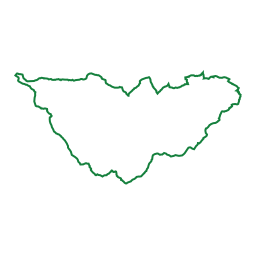 the district of Nereju, Vrancea, Romania
{"feature_id": "2599482B74656559226175", "entity_name": "Nereju", "entity_type": "district", "adm_level": 2, "iso_a3": "ROU", "parent_name": "Romania", "parent_adm1": "Vrancea", "projection": "equal_earth", "projection_center": [26.622, 45.68], "detail": "fine", "context": "isolated", "style": "outline", "palette": "green", "viewbox_px": 256, "rotation_deg": 0, "n_neighbors": 0, "source": "geoboundaries", "source_scale": "gbopen_adm2", "svg_char_len": 5657}
<svg xmlns="http://www.w3.org/2000/svg" viewBox="0 0 256 256"><path d="M141.2,176.3L143.4,173.9L144.2,173.3L144.2,173.0L144.8,172.5L145.2,171.8L145.8,171.2L146.3,171.1L146.9,169.1L148.0,167.7L148.5,165.6L149.2,163.6L151.1,161.5L151.5,160.8L151.6,159.7L152.2,159.2L152.5,156.7L152.9,155.3L154.5,154.2L157.0,153.5L157.8,153.5L160.0,154.8L160.8,154.5L162.3,154.5L164.1,153.0L166.2,153.7L167.0,154.6L169.3,155.3L170.9,156.5L173.7,155.9L175.5,155.1L178.5,155.8L179.6,155.8L182.2,155.4L183.7,154.2L184.7,153.2L188.2,148.0L188.5,147.7L189.6,147.4L190.5,147.4L192.4,148.7L194.1,149.2L196.2,145.9L197.1,145.2L197.7,144.3L197.9,143.5L198.3,143.5L198.2,143.1L199.3,143.2L200.4,142.4L201.7,140.6L202.5,139.8L202.6,139.4L203.4,138.8L203.4,138.0L205.6,136.7L206.7,135.7L207.0,134.5L205.8,133.0L205.4,130.9L205.5,129.6L205.9,128.5L206.5,128.5L208.2,127.0L209.6,125.0L210.4,124.7L211.0,124.1L213.3,123.2L215.6,122.9L217.6,121.7L218.0,121.1L219.4,120.2L219.5,119.3L218.9,118.4L219.3,118.1L219.4,117.4L219.7,116.8L219.8,116.2L220.1,115.5L220.1,114.9L220.8,113.7L221.4,112.2L222.1,111.3L222.9,111.3L224.1,111.7L225.1,111.1L225.9,111.1L228.1,110.1L228.9,109.4L229.2,108.2L229.6,108.2L229.7,107.8L230.4,107.7L230.8,107.4L230.8,107.1L231.9,106.5L232.1,106.2L231.8,105.5L231.7,104.8L232.3,104.6L232.6,104.3L235.1,104.0L237.2,104.4L238.2,103.9L238.3,103.2L239.0,101.5L238.9,100.9L239.2,100.2L239.1,99.6L239.7,99.2L239.9,97.4L240.5,96.6L240.4,95.4L240.6,94.9L240.0,94.5L239.9,94.1L239.3,93.5L238.9,92.0L238.8,91.9L238.5,92.5L238.4,92.2L237.8,91.9L237.9,90.9L236.5,90.6L238.1,89.3L238.7,88.1L238.0,87.8L237.0,86.4L236.1,85.8L233.1,84.3L232.7,84.2L232.8,84.0L229.1,82.1L228.1,81.2L228.5,80.8L228.6,80.2L229.4,79.2L228.6,78.7L227.1,78.2L226.6,77.8L225.8,77.5L224.3,77.2L223.1,77.4L222.2,77.8L219.3,77.7L218.4,77.1L217.8,77.0L217.0,76.4L215.5,76.0L213.1,76.5L213.5,77.0L213.5,77.3L212.4,77.0L212.4,76.6L210.9,76.8L209.4,78.0L209.1,78.6L208.4,78.9L207.3,78.4L206.0,78.2L203.9,78.5L204.2,77.9L203.7,76.9L203.5,74.8L202.9,73.3L202.9,72.6L202.3,73.3L202.0,73.5L201.9,73.9L201.6,73.8L201.2,74.9L200.8,75.1L200.3,75.0L199.7,75.7L198.4,75.7L197.1,76.1L196.5,75.8L195.2,76.1L194.5,75.9L193.8,75.3L191.2,75.3L189.1,76.3L188.8,76.9L188.3,76.6L187.5,77.0L185.3,77.4L185.5,79.2L186.0,79.2L186.9,79.7L186.8,81.7L187.4,82.5L187.1,82.6L187.2,83.1L187.6,83.0L188.0,84.1L185.9,84.1L185.1,84.5L184.7,84.3L183.6,85.4L182.2,85.6L181.2,86.5L180.3,86.8L179.6,87.3L179.1,87.3L177.2,87.9L175.6,87.5L174.1,88.2L173.1,88.1L172.2,87.6L169.5,87.2L169.3,85.9L169.0,85.5L168.5,83.9L167.4,85.7L165.7,86.5L165.1,86.5L164.6,86.9L163.6,87.3L163.0,87.7L161.4,89.8L160.7,90.1L160.0,91.3L158.9,92.0L157.5,93.6L156.4,92.0L156.5,91.1L156.0,90.6L155.8,90.0L153.6,87.7L153.5,87.3L153.2,87.1L153.2,86.6L152.5,85.9L152.3,84.8L150.7,81.8L150.4,79.4L149.7,78.0L149.0,77.2L147.7,77.7L146.1,77.9L142.0,79.4L140.2,80.7L139.9,81.1L140.0,81.5L139.8,82.0L140.1,83.2L139.1,84.3L138.7,85.5L137.1,86.6L136.0,87.7L134.2,88.4L133.9,89.2L132.7,89.9L132.3,90.6L129.2,93.3L128.7,94.1L128.5,95.7L127.9,95.5L127.0,94.3L126.4,93.9L126.0,92.6L124.9,91.9L123.6,91.4L122.8,90.0L122.0,87.4L120.7,87.2L120.0,87.3L119.7,87.0L119.1,87.4L117.8,87.7L114.8,87.7L111.8,86.6L110.1,85.4L108.6,85.0L107.1,83.8L106.2,83.4L106.0,83.1L105.6,81.9L105.7,80.9L105.4,80.0L102.0,78.8L101.6,78.1L101.7,77.6L101.2,77.0L98.6,75.2L97.2,75.2L96.5,74.9L95.3,74.9L91.4,73.4L89.7,73.6L88.3,74.3L87.1,75.6L86.5,77.8L86.3,78.4L85.4,79.0L84.1,79.4L83.1,79.5L82.0,79.0L80.9,79.0L79.5,79.7L75.6,80.1L74.3,80.6L73.5,80.6L72.6,79.8L71.3,80.3L69.4,80.0L68.5,80.3L67.8,79.7L65.3,79.7L62.4,79.4L61.8,79.5L61.0,80.1L60.5,79.6L59.8,79.8L58.6,79.1L58.1,79.3L56.4,79.4L55.1,79.9L54.5,79.7L53.9,79.9L52.1,79.8L51.0,79.0L48.7,79.4L47.8,78.7L45.7,78.4L44.7,78.5L44.2,78.2L43.6,78.4L43.0,78.0L41.3,77.8L40.4,78.3L39.6,78.2L38.7,78.6L37.5,79.7L36.3,80.2L35.4,80.3L34.0,81.0L27.4,81.3L26.2,80.7L25.5,79.7L24.8,79.4L23.5,78.1L22.9,76.2L22.8,75.4L22.5,74.6L20.1,74.1L18.9,74.1L17.6,73.5L17.3,73.5L16.8,73.6L16.1,74.6L15.4,75.4L16.4,76.2L17.3,76.6L18.4,77.4L18.7,78.1L18.6,79.0L18.1,80.4L18.5,81.3L22.7,83.7L24.5,84.0L26.0,84.8L26.8,84.7L28.4,85.8L29.9,86.3L30.4,87.5L31.6,88.9L33.7,90.0L34.0,90.4L34.3,91.4L35.4,92.2L35.1,93.5L35.2,95.5L34.6,97.7L34.3,101.5L35.7,105.8L36.6,106.3L38.5,106.5L39.9,107.5L40.7,107.7L41.0,108.4L41.6,108.6L42.6,108.5L43.4,108.8L44.9,108.4L47.0,108.9L47.2,109.9L47.0,110.8L47.4,111.3L47.6,111.9L49.3,113.7L50.7,114.1L51.0,115.1L51.6,115.8L51.5,116.3L51.2,116.6L49.8,117.4L49.7,119.2L49.9,121.5L50.4,123.2L51.5,125.4L51.9,127.1L53.2,129.4L53.9,131.3L54.3,131.8L55.2,132.3L56.1,133.4L56.8,133.6L57.9,134.2L58.6,134.3L59.6,134.9L60.3,135.7L61.0,136.1L61.3,136.8L62.7,137.9L63.5,139.1L64.8,140.3L66.9,143.6L67.4,144.9L67.9,145.7L68.0,146.2L68.0,147.4L68.5,148.4L69.6,149.7L70.9,151.7L71.8,154.9L75.2,157.1L77.1,158.7L77.8,159.9L78.3,161.7L79.1,162.5L79.6,162.8L80.4,164.5L83.2,164.4L84.4,163.8L86.0,163.2L87.4,163.7L88.6,163.7L89.4,165.7L89.8,166.1L89.5,166.9L91.1,168.7L91.1,169.5L90.8,169.9L91.0,170.3L93.0,172.6L94.7,173.9L95.2,174.8L95.9,175.2L96.4,175.1L97.3,174.3L98.6,175.0L100.2,175.2L102.5,176.5L103.8,175.6L104.6,175.3L106.6,175.2L107.4,174.2L109.1,173.5L109.7,172.6L111.0,171.6L111.3,170.8L111.6,170.5L112.3,170.7L113.1,171.8L113.5,172.0L114.5,171.9L115.3,171.4L115.8,171.5L116.1,171.7L116.5,173.5L116.4,174.4L116.7,175.0L116.8,175.9L117.5,176.2L117.7,176.8L118.2,177.2L120.8,178.3L121.1,178.8L121.0,179.9L122.3,180.3L122.7,181.0L123.6,181.5L124.5,182.7L125.7,183.4L126.6,183.4L127.3,182.7L131.0,181.3L131.3,180.8L132.5,179.7L134.5,178.9L136.2,177.5L136.3,177.2L136.6,176.9L138.9,176.5L139.7,176.6L141.2,176.3Z" fill="none" stroke="#15803d" stroke-width="2"/></svg>